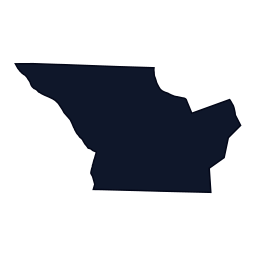 outline of General Juan F.Quiroga, La Rioja, Argentina
{"feature_id": "61730980B64076546006472", "entity_name": "General Juan F.Quiroga", "entity_type": "district", "adm_level": 2, "iso_a3": "ARG", "parent_name": "Argentina", "parent_adm1": "La Rioja", "projection": "orthographic", "projection_center": [-67.011, -30.806], "detail": "fine", "context": "isolated", "style": "filled", "palette": "ink", "viewbox_px": 256, "rotation_deg": 0, "n_neighbors": 0, "source": "geoboundaries", "source_scale": "gbopen_adm2", "svg_char_len": 2440}
<svg xmlns="http://www.w3.org/2000/svg" viewBox="0 0 256 256"><path d="M15.4,63.8L16.4,65.6L17.9,68.3L18.1,68.6L18.3,68.8L18.6,69.0L18.7,69.3L19.1,69.6L19.3,69.8L19.3,70.0L19.5,70.5L19.8,70.9L20.1,71.1L20.6,71.4L21.0,72.0L21.4,72.5L21.9,72.9L22.3,73.3L22.7,73.5L23.0,73.8L23.5,74.2L23.6,74.3L23.9,74.5L24.3,74.6L24.5,74.7L25.3,75.4L26.0,76.1L27.2,77.5L28.1,79.1L29.2,80.6L30.1,82.1L30.5,83.3L30.9,84.3L31.4,85.5L32.3,86.8L34.1,88.5L35.0,88.8L36.4,89.6L36.8,90.0L37.1,90.2L38.0,91.2L38.6,91.9L39.4,92.3L40.3,92.7L41.2,93.4L42.4,94.0L43.4,94.5L44.6,95.1L48.6,96.8L52.6,98.7L55.3,100.4L57.7,102.7L58.4,103.4L62.5,109.6L64.1,112.6L70.3,119.7L72.3,123.9L73.8,127.5L74.4,128.4L74.8,129.6L75.3,130.6L75.8,131.3L76.2,132.2L76.6,132.9L77.4,134.0L78.0,134.6L78.4,135.1L78.9,135.8L79.1,136.1L79.9,137.2L80.7,137.8L81.4,138.4L82.3,139.3L82.6,139.7L82.9,140.3L83.4,141.3L83.8,141.9L84.4,143.0L84.5,143.1L84.9,143.8L85.2,144.2L86.0,145.1L86.8,146.1L87.5,147.0L87.8,147.7L88.5,148.2L90.6,148.7L92.1,149.9L92.9,150.5L93.1,150.6L94.0,151.0L95.1,151.4L96.1,151.9L96.3,152.3L96.2,152.8L96.1,153.2L95.2,156.2L94.6,158.5L94.1,159.7L93.6,161.6L93.5,162.0L93.0,164.0L92.5,165.4L92.5,166.0L92.4,166.8L91.8,168.4L91.5,169.7L91.2,171.1L91.1,171.5L91.0,172.1L90.9,173.2L91.5,174.5L92.6,176.4L93.2,178.5L94.8,184.3L93.3,189.4L101.0,189.5L131.6,190.3L139.9,190.5L146.0,190.7L150.7,190.8L160.7,191.1L210.8,192.3L209.2,168.2L224.1,157.6L228.3,137.7L240.6,125.4L235.4,115.3L235.2,114.4L235.1,113.4L235.0,112.5L234.8,111.6L234.6,110.6L234.4,109.7L234.2,108.8L234.0,107.9L233.7,107.0L233.4,106.1L233.0,105.2L232.5,104.4L232.0,103.6L231.6,102.8L231.1,101.9L230.6,101.1L230.1,100.3L229.6,99.6L191.8,113.3L186.8,101.3L186.5,100.4L186.1,99.5L185.5,98.9L184.7,98.4L183.8,98.1L182.8,98.0L181.9,97.8L181.0,97.6L180.1,97.4L179.1,97.2L178.2,97.0L177.3,96.8L176.4,96.7L175.4,96.5L174.5,96.3L173.6,96.0L172.8,95.6L171.9,95.3L171.0,94.9L170.2,94.5L169.3,94.1L168.5,93.6L167.7,93.2L166.8,92.9L165.9,92.6L165.0,92.3L164.1,91.9L163.3,91.5L162.4,91.1L161.7,90.5L160.9,89.9L160.3,89.3L159.7,88.5L159.2,87.7L158.7,86.9L158.3,86.1L157.8,85.2L157.4,84.4L157.0,83.6L156.6,82.7L156.3,81.8L156.1,80.9L155.8,80.0L155.5,79.0L155.2,78.1L154.9,77.3L154.5,76.4L154.3,75.5L154.2,74.5L154.1,73.6L154.1,72.7L154.0,71.7L153.9,70.8L153.8,69.8L153.9,68.9L154.0,67.8L128.1,67.0L118.1,66.7L77.4,65.2L64.2,64.7L56.6,64.5L33.4,63.7L33.1,63.7L15.4,63.8Z" fill="#0f172a" stroke="#020617" stroke-width="1.5"/></svg>